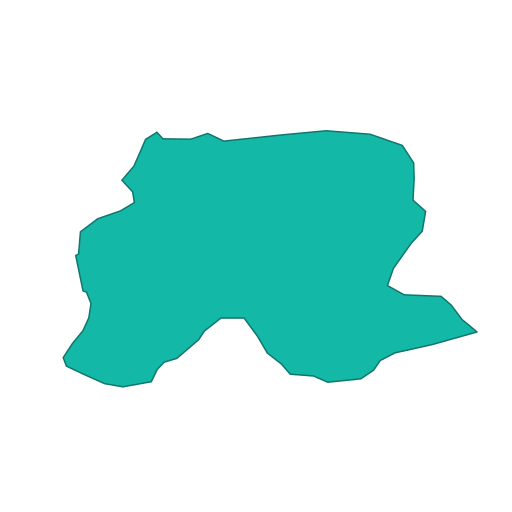 Trollhättan, Västra Götaland, Sweden (Robinson projection), rotated 171°
{"feature_id": "70781695B47342349503328", "entity_name": "Trollhättan", "entity_type": "district", "adm_level": 2, "iso_a3": "SWE", "parent_name": "Sweden", "parent_adm1": "Västra Götaland", "projection": "robinson", "projection_center": [12.405, 58.23], "detail": "fine", "context": "isolated", "style": "filled", "palette": "teal", "viewbox_px": 512, "rotation_deg": 171, "n_neighbors": 0, "source": "geoboundaries", "source_scale": "gbopen_adm2", "svg_char_len": 963}
<svg xmlns="http://www.w3.org/2000/svg" viewBox="0 0 512 512"><g transform="rotate(171 256 256)"><path d="M334.5,393.7L346.8,388.5L355.6,374.6L362.6,363.8L376.6,351.8L367.8,338.6L367.8,327.8L382.7,321.8L406.4,317.6L425.6,307.4L430.9,285.8L434.0,284.6L432.3,248.6L432.5,248.6L429.1,246.9L426.4,234.9L430.8,221.1L438.7,209.2L450.9,198.4L462.3,185.8L460.5,176.9L445.6,166.7L425.5,153.6L407.9,147.6L379.6,148.2L379.1,148.2L371.2,159.5L363.3,165.5L350.2,167.3L325.7,182.3L318.7,190.0L300.3,200.2L277.5,196.6L267.0,176.3L260.0,158.4L247.7,145.2L240.7,133.9L218.0,128.5L204.8,120.1L171.6,118.3L157.6,124.9L149.7,133.3L133.9,138.6L95.4,141.0L49.7,146.4L49.7,146.5L62.4,161.0L70.9,177.0L79.5,187.2L115.8,194.5L130.8,206.2L122.2,222.3L100.8,244.2L87.9,254.5L81.5,273.5L92.2,286.6L87.8,307.1L85.7,323.2L94.2,342.3L124.2,358.4L167.0,368.7L211.9,371.6L269.8,374.5L284.5,384.6L302.2,381.6L329.6,386.3L334.5,393.7Z" fill="#14b8a6" stroke="#0f766e" stroke-width="1.5"/></g></svg>